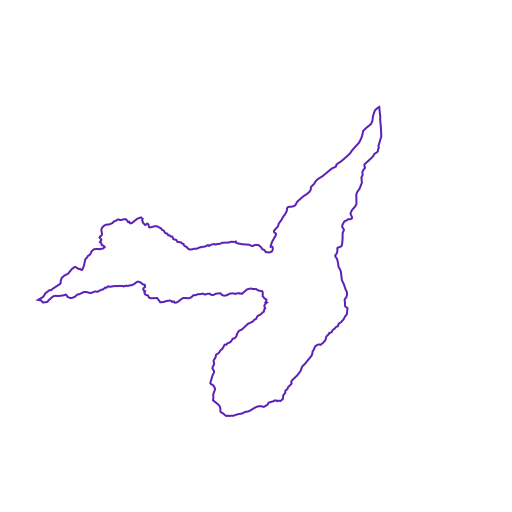 La Florida, Nariño, Colombia (Equal Earth projection), rotated 228°
{"feature_id": "7082276B51356117311945", "entity_name": "La Florida", "entity_type": "district", "adm_level": 2, "iso_a3": "COL", "parent_name": "Colombia", "parent_adm1": "Nariño", "projection": "equal_earth", "projection_center": [-77.375, 1.322], "detail": "fine", "context": "isolated", "style": "outline", "palette": "violet", "viewbox_px": 512, "rotation_deg": 228, "n_neighbors": 0, "source": "geoboundaries", "source_scale": "gbopen_adm2", "svg_char_len": 6137}
<svg xmlns="http://www.w3.org/2000/svg" viewBox="0 0 512 512"><g transform="rotate(228 256 256)"><path d="M284.3,447.3L284.8,444.1L284.5,441.5L282.0,437.0L278.5,432.9L277.1,429.7L277.4,424.2L277.3,419.5L274.3,415.2L272.8,412.4L271.3,408.5L270.2,398.0L269.3,394.5L269.2,389.7L269.4,382.7L270.1,378.2L269.9,376.4L269.2,375.8L269.0,375.0L270.3,370.7L270.8,358.7L271.7,353.9L271.7,350.8L270.6,346.9L270.7,345.1L270.3,342.7L268.6,341.0L268.0,338.9L267.9,336.3L268.7,331.0L268.8,323.7L268.7,322.5L267.7,320.2L267.5,318.9L267.7,317.6L268.8,315.5L270.9,312.8L270.8,311.2L268.8,308.9L267.4,304.8L267.1,302.8L265.8,299.2L264.9,294.7L263.3,292.2L262.8,286.4L262.3,285.8L261.2,285.4L259.3,285.8L258.3,284.9L255.8,277.5L253.8,273.8L253.0,273.1L252.5,274.0L251.8,274.4L249.7,273.0L248.8,271.1L248.8,270.5L249.9,267.9L250.8,267.4L252.2,265.9L254.6,266.2L257.3,265.2L259.0,265.7L262.7,265.1L265.0,262.5L265.5,260.3L265.9,259.8L269.2,258.3L273.1,254.4L277.2,251.1L279.0,250.1L280.2,250.7L281.1,249.1L283.2,247.1L284.3,244.7L288.4,239.8L289.2,237.4L290.9,235.1L291.4,233.6L292.4,233.3L293.2,232.4L294.7,229.5L294.7,228.1L295.7,227.5L296.3,227.6L297.2,224.3L298.8,222.2L299.1,221.1L299.8,220.6L301.2,216.6L302.9,214.8L303.7,212.9L305.2,211.1L307.0,210.3L308.8,210.6L310.7,209.8L312.5,209.6L313.4,210.2L315.2,209.3L316.3,209.4L319.0,207.1L321.2,207.5L323.8,205.9L326.4,206.8L327.6,205.7L329.3,205.5L330.1,204.6L331.9,205.0L333.8,203.9L336.7,204.4L338.1,203.7L340.1,203.9L342.5,203.0L344.2,202.4L345.6,201.1L348.2,196.2L349.2,195.9L351.5,197.2L352.4,197.1L353.0,196.7L353.0,194.8L353.4,194.3L356.7,194.3L357.4,194.9L358.8,195.3L359.4,196.6L361.6,196.4L363.2,192.5L363.5,186.1L364.1,184.6L364.7,184.4L366.3,184.7L366.6,183.7L369.2,184.0L370.7,183.7L371.6,182.6L372.9,180.0L373.9,178.9L375.5,178.1L376.2,174.6L376.8,173.5L376.5,171.5L377.0,169.9L378.0,167.6L379.8,165.2L380.2,162.9L380.0,160.5L378.9,158.5L375.5,156.4L374.6,154.9L374.8,153.2L374.4,152.1L371.9,152.1L371.3,151.6L370.9,149.4L369.3,149.7L367.5,148.7L365.5,149.6L363.8,149.5L364.0,147.1L365.3,145.3L365.7,144.1L366.7,143.7L369.2,140.5L369.5,139.7L369.5,137.1L368.1,133.7L368.5,131.0L367.9,129.4L367.8,127.1L363.5,120.9L362.0,117.7L362.4,116.9L364.2,116.6L364.8,115.6L368.8,114.4L369.3,113.2L369.5,110.3L368.6,104.4L369.7,100.5L369.7,96.8L368.0,94.0L366.7,92.9L366.3,92.0L367.7,82.8L367.7,80.8L368.8,79.6L369.2,74.2L368.3,71.8L368.1,70.1L369.2,64.7L366.7,66.6L364.0,66.5L361.8,69.7L361.5,70.5L361.9,72.2L361.8,78.1L360.5,80.5L359.1,81.6L357.1,84.3L355.4,86.9L354.6,88.8L353.9,89.0L351.5,88.6L348.9,90.0L348.0,91.1L346.9,94.1L346.9,97.5L345.7,99.4L344.4,104.1L343.1,105.6L339.0,108.3L337.3,112.8L335.5,114.2L334.4,118.5L333.5,119.8L333.6,120.9L333.2,121.8L333.5,122.8L332.4,123.8L332.5,125.1L332.2,126.1L330.8,126.9L328.4,130.7L326.2,133.0L325.8,133.8L322.9,136.9L322.0,137.1L321.5,138.6L320.9,139.0L320.4,140.2L319.4,140.8L318.5,142.9L317.6,143.6L317.4,144.7L316.7,146.2L316.5,149.7L316.0,151.1L314.0,152.4L310.1,153.1L309.3,154.0L308.6,153.9L307.2,152.8L307.3,150.7L307.0,150.1L305.2,149.4L304.1,150.1L303.3,148.4L301.2,148.0L298.8,149.3L296.9,148.7L295.5,149.1L292.4,152.5L291.0,154.4L285.6,153.9L283.7,156.6L282.5,159.2L280.7,162.0L279.1,163.1L277.9,163.0L277.1,164.6L275.8,164.3L274.9,165.2L274.2,167.1L273.8,172.9L273.3,174.1L269.4,178.0L268.6,180.4L268.7,183.3L267.4,184.7L266.5,187.2L264.4,189.8L263.8,191.2L261.5,192.2L260.4,194.6L258.9,196.4L257.3,196.6L256.1,197.6L255.4,198.7L254.7,201.2L252.0,204.7L249.9,204.6L248.2,205.5L247.2,206.5L246.2,208.6L245.6,211.3L243.5,214.1L241.6,215.2L241.2,216.5L239.7,218.6L239.1,218.6L237.9,220.1L237.3,220.2L237.2,227.0L235.5,230.2L233.8,231.4L231.3,234.0L228.8,234.6L225.8,237.0L224.6,236.8L221.6,234.0L218.6,234.0L216.7,234.6L216.0,233.7L215.4,233.4L215.3,232.2L214.1,232.8L214.2,231.3L213.8,229.4L213.0,228.5L210.9,227.8L210.9,226.4L209.8,225.4L209.3,224.2L209.7,223.1L209.4,220.6L210.3,217.2L210.0,215.8L209.2,214.3L209.7,212.1L209.5,209.5L211.0,204.7L210.8,196.7L211.7,193.4L211.4,191.5L210.7,189.6L209.7,188.2L209.2,186.4L209.3,184.6L210.1,183.5L209.2,180.0L209.2,179.0L210.2,176.3L209.9,174.7L210.9,173.7L211.0,173.0L209.5,168.9L209.7,166.9L208.8,163.2L209.4,160.5L207.7,157.9L206.7,154.5L203.8,152.7L202.3,149.2L201.6,148.4L198.8,147.9L197.7,147.1L196.4,143.9L192.2,137.0L191.4,136.8L188.2,137.7L185.0,136.9L184.3,136.3L181.8,131.6L178.8,129.1L177.5,127.5L170.8,128.6L168.7,128.5L166.7,127.6L164.5,125.7L163.3,125.3L161.2,126.2L158.2,126.5L156.7,127.1L155.9,128.6L154.8,129.2L153.8,130.9L152.6,132.0L150.4,137.0L148.2,140.4L147.3,143.9L145.8,145.9L145.2,147.6L144.1,153.4L143.0,156.8L140.9,159.4L139.2,160.3L138.5,161.3L137.8,165.0L138.6,167.3L136.4,171.8L136.0,173.6L134.9,174.1L134.6,174.7L133.9,174.7L133.3,176.0L131.8,177.3L131.8,180.4L134.1,182.8L134.8,186.2L136.3,187.8L136.1,190.3L137.0,191.9L137.3,196.9L137.6,197.4L138.7,197.7L139.5,199.3L139.7,206.9L140.8,212.3L142.9,216.2L143.2,220.9L144.8,230.8L145.6,232.3L147.3,234.4L147.7,236.4L148.9,238.5L149.2,239.5L149.0,241.5L148.4,243.3L148.0,243.8L146.8,244.5L146.6,247.7L146.9,251.0L149.1,254.5L149.2,257.6L149.8,258.6L149.1,260.0L148.9,261.7L149.7,263.6L149.4,265.6L149.7,268.0L149.0,270.0L150.0,271.3L150.3,272.6L149.9,275.3L150.4,278.8L151.6,282.2L151.8,284.4L156.0,289.1L158.5,288.6L159.5,288.8L161.9,291.0L164.0,292.4L164.6,293.5L164.8,295.3L165.8,297.0L166.4,297.9L168.9,299.7L171.5,300.3L176.0,302.3L180.5,303.6L187.4,308.5L189.5,309.4L192.6,310.0L195.9,312.3L199.4,314.2L202.6,314.7L203.4,315.3L204.0,318.0L205.3,319.9L207.4,321.7L207.5,322.3L206.2,325.3L206.3,326.4L206.8,327.5L210.3,331.3L215.2,335.9L216.4,338.6L217.2,339.1L219.9,339.5L221.1,340.7L222.4,344.1L222.5,345.3L221.8,347.1L221.7,349.0L220.1,351.0L219.8,352.1L219.9,352.7L221.2,353.6L223.7,354.2L224.5,354.9L225.9,357.9L226.4,362.3L227.0,364.7L227.5,365.5L234.7,371.8L235.8,374.0L236.7,377.9L239.3,383.2L240.1,384.1L243.8,386.9L244.9,389.6L247.0,391.0L247.9,392.6L248.6,396.0L250.3,396.8L251.5,397.9L251.6,408.1L251.9,410.4L252.7,412.0L252.2,415.0L252.2,416.5L253.7,418.3L254.4,419.9L255.9,420.7L261.0,429.1L267.4,434.4L274.9,440.0L275.9,441.2L284.3,447.3Z" fill="none" stroke="#5b21b6" stroke-width="2"/></g></svg>